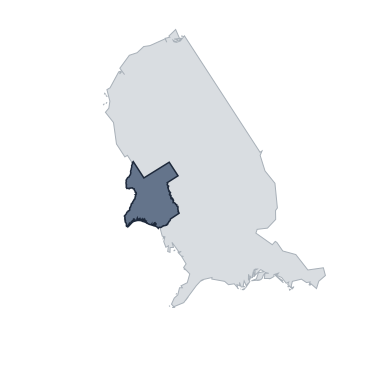 Texas highlighted on a map of United States of America, rotated 57°
{"feature_id": "USA-3536", "entity_name": "Texas", "entity_type": "State", "adm_level": 1, "iso_a3": "USA", "parent_name": "United States of America", "parent_adm1": "", "projection": "natural_earth1", "projection_center": [-98.169, 31.172], "detail": "fine", "context": "in_parent", "style": "filled", "palette": "slate", "viewbox_px": 384, "rotation_deg": 57, "n_neighbors": 0, "source": "natural_earth", "source_scale": "10m", "svg_char_len": 9451}
<svg xmlns="http://www.w3.org/2000/svg" viewBox="0 0 384 384"><g transform="rotate(57 192 192)"><path d="M301.0,139.0L320.5,137.3L327.1,123.1L334.7,125.6L335.9,134.3L340.8,140.2L333.5,142.3L333.3,143.9L331.8,141.9L330.3,145.3L324.7,147.7L321.6,156.5L325.2,160.3L327.4,159.8L326.7,158.1L327.4,158.9L327.8,160.8L321.6,162.0L320.2,160.0L319.8,162.7L312.5,163.4L307.3,166.9L307.7,164.9L307.1,163.6L305.9,168.3L307.5,169.2L307.3,173.2L304.0,178.4L299.9,175.2L302.0,171.9L299.5,174.2L300.8,177.8L302.5,179.9L303.0,182.2L298.8,190.6L299.9,185.3L295.9,180.3L298.0,175.0L294.5,176.6L296.2,184.4L292.6,182.1L291.4,182.3L292.3,179.9L292.2,179.1L291.1,181.0L291.2,182.7L296.7,185.7L295.6,187.1L293.1,184.4L292.1,183.9L295.3,187.2L296.7,187.8L296.0,189.8L294.3,188.3L297.0,191.3L296.4,191.7L295.1,190.1L291.8,189.4L296.0,192.3L298.6,192.2L301.6,199.4L299.0,193.9L299.9,197.5L295.0,196.7L298.7,200.3L300.4,199.3L298.4,202.5L293.7,201.4L296.6,203.1L294.2,204.7L297.2,205.9L292.0,206.6L289.6,211.9L284.7,213.3L275.8,222.8L274.6,221.8L271.4,230.5L271.2,232.7L272.9,239.4L280.3,259.2L278.3,269.7L274.9,270.3L271.3,264.7L270.6,260.0L265.5,254.6L267.1,252.2L264.7,252.3L265.5,245.4L259.5,238.5L250.7,240.1L249.1,236.1L240.3,235.8L241.4,234.2L239.9,235.8L236.0,236.5L235.9,233.4L235.2,235.6L223.3,236.2L228.4,237.7L226.7,240.6L230.6,243.3L228.7,244.8L224.3,241.1L224.1,244.0L218.2,242.7L214.8,239.1L212.8,241.0L204.2,238.2L199.2,242.1L200.5,241.0L197.7,240.0L196.4,244.9L191.2,248.1L192.4,247.1L188.9,246.6L190.1,248.3L186.1,250.3L184.6,255.8L182.8,254.9L184.3,256.4L184.6,261.4L186.2,264.4L185.0,265.4L175.4,261.6L173.2,254.3L163.0,239.7L157.8,238.9L152.7,244.7L146.5,240.9L143.8,234.1L135.7,226.3L126.1,226.2L126.0,229.2L110.6,229.2L91.0,220.0L78.0,221.2L76.4,216.1L71.1,211.4L59.8,207.6L60.0,204.0L51.3,188.0L51.8,186.3L53.6,188.4L52.6,184.9L56.8,184.6L48.9,185.1L43.2,170.1L45.3,162.2L43.7,153.3L46.3,147.6L48.9,131.1L52.7,131.6L48.5,130.8L50.1,126.3L48.6,126.4L46.8,117.2L56.4,118.8L54.0,123.6L57.4,120.2L56.8,124.2L54.4,125.2L56.0,125.4L58.0,123.7L59.0,119.6L56.9,113.3L195.7,113.3L195.7,110.9L198.4,114.9L214.1,119.3L229.9,117.7L251.9,129.1L253.0,132.0L260.6,136.8L263.4,148.4L258.8,157.7L261.3,160.8L279.9,153.4L278.8,149.1L280.5,148.3L290.9,148.0L301.0,139.0ZM314.9,165.3L318.0,164.8L307.1,167.6L316.0,164.2L314.9,165.3ZM57.3,117.2L58.3,119.7L58.2,120.1L56.6,118.2L57.3,117.2ZM186.1,263.5L184.8,259.1L184.9,256.6L185.1,259.3L186.1,263.5ZM334.3,142.6L334.4,143.9L333.9,143.7L334.3,142.6ZM214.9,240.4L215.2,241.4L214.2,240.6L214.9,240.4ZM64.1,211.7L65.4,211.1L65.5,211.3L64.1,211.7ZM62.7,211.3L62.1,212.0L61.7,211.4L62.7,211.3ZM324.5,162.2L323.7,163.1L323.4,162.9L324.5,162.2ZM185.6,254.4L184.9,256.3L186.7,252.5L185.6,254.4ZM278.1,252.7L279.5,256.6L277.9,252.3L278.1,252.7ZM70.6,214.9L71.1,216.0L70.5,215.0L70.6,214.9ZM278.9,270.3L277.9,271.5L279.5,268.9L278.9,270.3ZM302.1,201.9L301.0,203.4L301.8,199.8L302.1,201.9ZM56.2,115.1L56.1,115.8L55.6,115.5L56.2,115.1ZM190.2,249.1L188.3,250.0L190.2,248.8L190.2,249.1ZM327.5,162.6L327.5,163.6L326.6,163.3L327.5,162.6ZM70.4,217.9L70.8,219.2L70.3,218.0L70.4,217.9ZM187.9,250.7L187.1,251.2L187.8,250.4L187.9,250.7ZM302.6,183.8L301.5,185.8L302.7,183.0L302.6,183.8ZM198.6,243.0L197.4,243.8L199.2,242.4L198.6,243.0ZM271.7,231.6L271.5,233.2L271.3,232.1L271.7,231.6ZM297.6,206.1L297.2,206.5L298.4,205.3L297.6,206.1ZM253.9,239.8L252.4,240.6L251.8,240.5L253.9,239.8ZM235.4,236.2L235.1,236.5L234.3,236.4L235.4,236.2ZM268.9,260.2L269.2,261.3L268.7,259.9L268.9,260.2ZM231.6,238.5L231.4,239.5L231.3,237.6L231.6,238.5ZM275.6,273.0L274.8,273.1L276.0,272.8L275.6,273.0ZM307.1,173.9L306.6,174.9L307.2,173.5L307.1,173.9ZM300.1,203.7L299.6,204.1L300.1,203.7Z" fill="#d9dde1" stroke="#a8b0b8" stroke-width="1"/><path d="M135.5,226.4L134.8,225.8L134.5,224.7L154.0,224.7L154.6,194.9L170.8,194.9L170.7,207.7L171.4,207.7L172.4,208.9L172.9,208.9L173.2,208.7L173.9,209.0L174.0,208.5L174.2,208.4L174.4,208.7L174.7,208.7L175.1,209.3L175.0,209.8L175.2,210.0L176.2,210.0L177.6,210.6L178.3,210.4L178.8,211.0L179.2,211.0L179.6,210.5L180.3,210.6L180.9,210.5L181.0,211.3L181.7,211.5L181.7,212.2L181.9,212.3L182.3,212.4L183.4,211.5L183.6,211.6L183.7,212.1L184.3,212.2L184.5,212.6L184.9,212.6L185.2,212.3L185.4,212.4L185.7,212.1L185.9,212.3L185.8,212.9L186.1,213.3L186.4,213.2L186.6,212.6L186.5,212.4L186.8,212.4L186.9,211.9L187.2,211.8L187.5,211.9L187.7,212.3L188.2,212.5L188.5,212.4L188.7,212.0L189.0,212.1L189.1,212.5L189.5,212.7L189.6,212.9L190.0,212.9L190.5,213.5L190.6,213.3L190.7,213.0L191.2,213.0L191.5,212.6L192.0,212.5L192.6,212.2L193.0,212.4L193.4,212.4L193.5,212.2L194.3,212.0L194.4,211.8L194.7,212.0L195.0,212.3L195.7,212.3L195.8,212.2L196.2,212.1L196.3,211.8L196.4,211.7L197.5,212.4L197.8,212.4L198.3,213.1L199.0,213.2L199.2,213.5L200.5,213.8L200.7,214.2L201.0,214.2L201.0,214.4L201.3,214.4L201.4,214.2L201.8,214.3L202.0,214.2L202.8,214.4L202.9,224.8L203.7,225.5L204.0,226.1L204.2,226.7L204.1,227.4L204.7,228.0L205.1,228.9L205.0,229.3L205.2,229.5L205.4,230.1L205.7,230.1L205.6,230.7L205.9,231.1L205.5,231.3L205.8,231.8L205.6,232.1L205.6,232.6L205.0,234.0L204.7,234.3L204.9,234.9L204.6,235.5L204.9,236.3L204.8,237.5L204.4,238.1L204.1,238.1L203.7,238.9L203.7,239.5L204.0,239.9L204.1,240.1L202.8,240.2L199.8,241.7L199.2,242.2L199.5,241.6L200.2,241.2L200.6,241.2L200.7,240.9L200.6,241.0L200.3,240.8L199.1,241.1L199.4,240.6L199.5,240.0L199.3,239.5L198.9,239.5L198.5,240.2L198.3,240.3L198.2,240.1L197.6,239.7L197.5,239.9L197.9,240.2L197.8,240.4L198.0,240.6L197.7,241.1L198.4,241.4L198.1,241.5L198.2,241.9L198.3,241.9L198.3,241.7L198.5,242.0L198.9,242.2L198.5,242.2L198.4,242.6L198.2,242.5L197.3,243.5L197.0,243.3L197.1,243.5L197.0,244.4L195.9,245.4L194.6,246.2L194.1,246.4L193.4,246.4L192.7,246.7L192.8,247.1L194.0,246.6L193.3,247.0L192.4,247.3L191.3,248.1L191.6,247.7L192.5,247.2L192.3,247.0L191.2,247.4L191.7,247.1L191.3,247.1L191.4,246.7L191.0,246.8L191.0,246.7L190.6,247.1L190.3,246.7L190.2,246.5L190.0,246.2L190.1,246.6L190.3,246.6L190.2,247.0L190.4,247.1L190.1,247.4L189.7,247.5L190.0,247.3L190.0,247.1L189.8,247.2L189.7,247.0L189.4,247.0L189.3,246.6L188.9,246.5L189.1,247.1L189.1,247.5L189.6,247.7L189.7,247.9L189.4,248.1L189.5,248.2L189.9,248.0L190.2,248.3L188.9,249.2L188.6,249.1L188.6,248.6L188.4,248.6L188.1,248.1L188.0,248.3L188.3,248.6L187.8,248.5L188.2,249.1L188.1,249.5L187.6,250.3L187.3,250.5L187.5,250.0L187.4,249.9L187.5,249.6L187.2,249.9L187.3,250.0L187.1,250.4L186.9,250.4L186.9,249.9L186.4,250.3L186.0,250.2L186.1,250.4L185.8,250.8L186.1,251.0L186.2,251.3L186.4,250.8L186.8,250.5L186.8,251.1L186.0,252.4L185.7,252.5L185.8,252.4L185.5,252.1L185.0,252.2L184.4,252.2L184.1,252.1L184.3,252.4L184.8,252.3L184.9,252.9L185.6,253.3L184.7,255.7L184.2,256.1L184.3,255.8L184.2,255.7L184.5,255.7L184.3,255.6L184.3,255.3L183.5,256.0L183.0,255.1L182.7,254.8L183.2,255.7L183.1,255.8L183.3,255.9L183.1,256.0L182.7,256.0L183.9,256.4L184.7,256.2L184.5,256.8L184.5,257.1L184.3,257.3L184.4,257.8L183.9,258.0L184.0,258.5L184.4,258.8L184.0,258.6L183.9,259.0L184.3,259.3L184.7,261.2L184.4,261.3L184.6,261.4L184.5,261.8L185.0,262.1L184.9,262.3L185.1,262.3L185.0,262.7L185.3,262.8L185.2,263.0L185.3,263.8L185.8,264.0L185.7,264.1L185.6,264.6L186.0,264.5L186.0,264.1L186.3,264.8L185.5,264.8L185.3,265.1L185.2,265.0L185.1,265.6L184.1,265.2L183.4,264.4L182.8,264.3L182.6,264.2L181.4,264.2L181.1,264.3L181.0,264.1L180.3,264.1L179.8,263.8L179.6,263.5L179.4,263.5L179.5,263.3L179.1,263.1L178.9,263.2L178.3,262.8L177.9,263.0L177.1,262.1L176.6,262.1L176.4,262.0L176.2,261.9L175.9,262.0L175.4,261.8L175.5,261.4L175.4,261.1L175.1,261.0L174.6,259.1L173.9,258.2L173.8,257.9L173.5,257.6L173.6,256.6L173.5,256.2L173.1,255.9L173.4,255.1L173.4,254.7L173.2,254.6L173.2,254.0L172.7,253.7L172.4,253.6L172.2,253.6L171.9,253.1L171.4,252.8L171.1,252.2L171.2,251.9L170.9,251.7L170.6,251.3L170.2,250.4L169.5,250.0L169.4,249.7L169.0,249.5L169.0,249.1L168.6,248.1L168.8,247.9L168.4,247.7L168.3,247.3L168.1,247.1L167.8,246.6L167.6,245.8L167.4,245.7L167.1,245.2L166.9,243.9L166.4,243.5L166.2,243.0L165.1,242.1L164.9,241.6L163.9,241.1L163.8,240.5L163.4,240.7L163.5,240.4L163.2,240.2L162.9,239.5L162.7,239.5L162.5,239.4L162.1,239.5L162.2,239.3L162.1,239.2L162.0,239.4L161.7,239.5L160.7,239.3L159.1,239.3L157.9,238.7L157.6,239.0L157.4,239.5L156.8,239.5L156.7,239.6L155.9,239.8L155.0,241.7L155.1,242.2L154.8,242.4L154.7,242.9L154.9,243.1L154.2,243.5L154.0,243.9L153.6,244.3L153.5,244.7L152.5,244.6L152.4,244.5L152.3,244.4L152.0,244.5L151.1,243.6L150.5,243.5L149.9,243.1L149.9,242.8L149.1,242.7L148.4,242.4L147.3,241.2L146.9,241.2L146.3,240.8L145.8,240.2L145.6,239.4L145.0,238.4L144.9,237.7L145.1,236.7L144.2,235.3L144.1,234.7L143.7,234.0L143.5,233.9L143.3,233.5L142.9,233.3L142.3,232.7L142.0,232.7L141.4,232.4L140.4,231.4L140.2,230.9L139.3,230.2L138.2,228.9L136.9,228.2L136.1,226.6L135.8,226.3L135.5,226.4ZM186.2,253.0L186.6,252.4L186.0,253.6L185.6,254.6L185.1,256.4L184.8,256.4L185.0,255.6L185.6,253.8L185.6,253.6L185.9,253.7L186.2,253.0ZM185.9,262.7L186.1,263.9L185.6,261.5L185.0,259.8L185.0,259.5L184.8,259.1L184.8,257.1L184.8,256.7L184.9,258.4L185.1,259.6L185.9,262.7ZM190.1,248.7L190.2,249.1L188.6,250.1L187.9,250.8L188.1,250.4L188.0,250.1L188.6,249.9L189.6,249.1L190.0,249.0L190.1,248.7ZM198.8,242.3L199.4,242.5L197.3,244.1L197.5,243.8L198.8,242.6L198.8,242.3ZM187.6,250.4L187.8,250.5L187.8,250.8L186.8,252.3L186.8,252.0L187.2,251.3L187.1,251.2L187.6,250.4ZM190.4,248.6L190.7,248.3L191.2,248.1L190.9,248.3L190.4,248.6Z" fill="#64748b" stroke="#1e293b" stroke-width="1.5"/></g></svg>